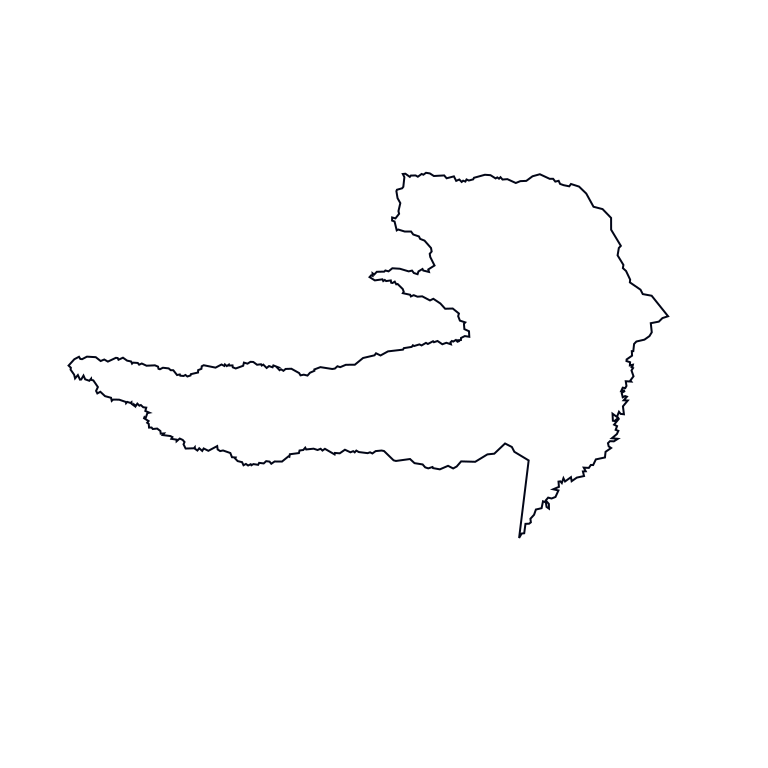 Paranatinga, Mato Grosso, Brazil, rotated 250°
{"feature_id": "56859067B44525385628721", "entity_name": "Paranatinga", "entity_type": "district", "adm_level": 2, "iso_a3": "BRA", "parent_name": "Brazil", "parent_adm1": "Mato Grosso", "projection": "mercator", "projection_center": [-54.063, -13.341], "detail": "fine", "context": "isolated", "style": "outline", "palette": "ink", "viewbox_px": 768, "rotation_deg": 250, "n_neighbors": 0, "source": "geoboundaries", "source_scale": "gbopen_adm2", "svg_char_len": 6159}
<svg xmlns="http://www.w3.org/2000/svg" viewBox="0 0 768 768"><g transform="rotate(250 384 384)"><path d="M574.9,473.5L571.4,473.9L562.7,469.6L561.7,468.0L562.1,462.6L561.0,461.6L554.0,460.3L548.4,461.2L541.5,456.7L538.8,456.4L535.7,451.4L537.7,448.6L534.8,447.5L533.1,449.5L524.0,448.5L524.3,450.2L520.2,455.6L518.0,461.6L514.5,462.6L510.7,467.3L508.0,467.6L504.9,471.1L495.7,474.7L492.2,474.1L490.7,471.5L487.5,470.9L478.1,472.0L476.5,464.8L473.9,464.6L477.2,459.7L478.9,459.5L478.0,454.9L475.7,453.1L478.1,450.0L481.0,449.1L481.4,445.7L486.9,438.3L489.9,431.4L488.3,426.8L490.2,424.1L489.5,422.7L491.9,415.6L490.2,412.2L492.0,411.1L489.5,410.3L490.5,409.1L489.4,407.0L484.5,410.8L482.9,418.3L481.0,418.5L481.5,420.3L480.0,421.2L479.0,425.8L476.7,425.4L476.0,426.5L476.5,429.1L473.5,429.6L473.3,431.0L466.8,434.1L464.0,434.1L462.9,432.8L458.9,439.1L457.1,439.2L457.3,442.3L454.6,445.3L453.3,449.9L446.8,455.8L447.2,459.5L440.4,464.5L433.8,467.2L431.4,474.4L424.6,478.5L422.4,476.9L417.6,477.0L414.1,481.4L413.2,479.7L408.1,478.3L404.5,481.9L399.2,480.3L401.4,476.3L400.9,472.1L399.0,471.3L399.9,468.1L398.6,468.6L398.6,467.5L400.8,466.6L400.2,463.5L401.2,462.5L400.4,460.7L398.4,460.5L401.4,456.7L401.4,452.4L406.1,449.0L406.2,445.2L407.4,444.7L406.6,438.9L408.3,437.5L407.4,432.5L409.1,430.8L409.4,425.2L410.5,424.4L409.4,422.7L410.9,414.9L409.8,413.6L413.3,398.9L412.0,390.5L415.6,387.0L414.2,384.9L415.6,373.2L412.1,363.2L415.1,354.7L414.8,348.6L416.6,346.3L415.3,343.1L415.8,340.5L421.6,330.0L421.5,323.5L420.2,323.1L419.9,318.3L418.1,315.0L420.2,311.8L420.7,308.5L423.3,308.0L430.0,302.2L431.8,296.7L430.8,294.0L433.1,292.2L432.7,290.6L435.7,289.3L435.7,290.5L439.3,286.4L437.8,285.0L440.2,282.1L439.2,279.2L443.5,277.2L443.2,275.4L444.6,275.2L445.5,271.3L449.4,268.7L450.5,266.1L449.8,262.7L452.0,259.7L449.3,257.9L449.3,250.0L451.4,247.6L453.3,248.0L454.3,244.8L455.3,244.9L454.6,242.4L456.8,241.2L455.6,240.1L457.9,238.0L457.0,231.3L463.3,221.0L463.0,218.8L460.7,217.6L460.6,214.1L458.4,213.2L459.3,205.9L458.2,205.1L458.3,201.8L460.4,200.5L460.1,198.4L461.5,195.4L462.8,195.4L463.2,192.6L469.0,190.7L469.9,188.3L472.3,187.0L474.9,181.8L474.5,178.5L475.4,177.3L477.6,177.6L479.9,175.1L482.4,167.1L486.1,163.4L485.9,160.5L488.0,159.8L489.9,155.5L489.3,154.2L491.7,154.0L493.8,150.6L498.0,147.7L497.6,142.8L499.5,142.6L500.3,141.0L499.5,132.2L502.7,129.5L502.5,125.6L507.8,122.3L511.3,114.2L510.6,108.8L511.4,107.2L513.9,106.7L513.2,101.5L509.2,93.9L506.4,95.3L504.7,94.4L498.8,96.0L494.9,95.6L497.1,99.4L492.1,99.8L491.8,101.0L494.7,104.5L490.6,104.8L487.8,108.2L489.2,110.6L488.0,110.3L486.8,112.1L479.0,114.1L476.0,111.1L473.2,111.4L473.7,114.8L468.0,117.7L464.4,122.8L461.3,122.4L462.0,124.1L459.9,129.7L455.4,135.3L454.2,135.1L455.0,136.6L452.9,139.3L453.3,140.5L451.6,140.1L448.5,142.2L449.9,142.4L448.4,143.5L449.9,145.5L447.3,146.7L447.4,148.3L444.5,149.8L443.1,152.5L440.3,150.5L437.3,153.7L437.6,151.7L433.2,148.1L434.7,147.5L433.9,146.8L429.7,150.1L428.6,148.2L427.0,149.3L423.4,148.3L422.6,150.7L420.8,151.3L419.7,155.6L416.3,157.8L413.7,157.2L412.8,160.4L411.7,158.6L408.2,165.4L406.5,167.0L405.2,165.4L402.7,170.0L401.1,169.5L402.6,173.4L400.3,175.7L397.7,176.7L395.9,175.0L391.2,175.5L388.6,183.4L389.3,184.6L387.8,184.2L385.3,185.9L386.8,188.4L383.3,190.3L385.1,192.5L381.3,196.1L382.7,206.0L379.4,205.3L377.0,207.1L376.6,210.0L371.7,216.0L367.2,216.1L365.7,219.4L365.0,218.6L361.6,220.1L359.1,223.9L355.7,224.2L356.1,226.9L353.9,228.4L354.2,231.3L353.0,231.6L353.4,233.9L351.1,238.1L352.6,239.7L350.5,243.8L351.8,246.9L350.2,249.9L347.6,250.8L348.6,254.7L346.0,261.6L348.7,269.5L348.0,270.2L350.2,271.5L348.2,280.4L350.4,281.9L349.6,285.6L351.1,288.2L349.1,288.5L347.3,295.7L344.7,299.0L344.8,302.3L342.5,303.4L343.3,306.3L334.7,313.5L336.0,314.3L334.0,318.7L335.6,324.8L331.3,329.1L331.4,332.1L329.8,333.1L330.9,335.2L328.7,337.0L324.6,345.0L324.6,347.5L322.7,349.3L323.8,353.2L322.3,359.0L321.0,361.1L309.0,366.9L307.6,368.9L304.6,382.8L299.2,385.6L295.2,392.8L291.6,394.2L289.6,396.7L289.4,401.2L288.2,401.3L284.7,407.3L285.2,416.2L281.0,420.1L281.6,424.1L284.9,430.0L279.7,443.1L282.5,457.1L280.8,463.8L286.7,477.4L281.1,482.6L275.7,483.3L262.7,493.8L193.1,458.3L196.4,462.2L195.8,464.7L204.2,469.1L203.1,472.6L203.8,474.7L207.3,475.5L209.8,480.3L214.1,483.8L213.4,489.6L219.4,493.3L217.3,495.6L212.9,494.7L210.5,496.4L214.9,497.9L219.3,496.2L221.1,499.4L219.1,502.3L219.2,506.5L224.3,511.5L227.2,507.0L227.5,513.2L232.6,514.6L232.2,516.4L230.1,517.2L234.1,520.4L230.5,520.8L232.5,527.8L228.5,527.1L230.1,533.2L229.1,540.5L233.8,541.0L233.0,543.7L237.1,543.1L235.1,547.8L237.2,550.7L236.3,552.8L240.7,557.3L239.4,566.5L244.5,569.0L246.2,575.5L248.5,573.8L251.8,574.2L253.0,576.8L251.5,580.4L252.5,585.0L255.1,579.6L257.3,585.7L259.8,588.2L261.7,586.0L264.7,588.6L267.1,586.3L270.9,592.7L272.0,592.5L270.4,587.9L271.2,586.5L277.9,588.6L273.4,591.6L277.5,595.3L275.0,596.1L273.5,599.1L281.3,600.9L285.1,607.4L286.7,603.7L289.0,607.9L290.2,606.4L289.9,603.8L294.4,604.3L294.9,607.3L295.9,607.3L296.4,604.6L298.9,607.1L297.6,609.3L299.3,611.2L303.9,612.1L301.7,617.2L303.1,616.8L305.9,621.1L312.1,621.2L313.8,623.5L315.8,621.8L315.2,623.3L317.0,624.5L317.4,621.4L320.3,622.7L322.6,619.7L324.1,620.4L325.8,626.8L330.1,628.1L329.6,629.5L336.1,632.7L337.6,635.7L336.6,643.9L338.2,649.8L341.0,653.3L349.9,655.5L348.6,663.6L350.7,668.2L350.5,674.1L375.4,665.7L380.0,657.9L384.9,657.3L395.4,649.8L397.9,651.0L407.4,650.1L411.2,648.1L414.0,649.7L425.0,647.5L431.5,651.2L432.8,653.8L451.3,650.2L462.4,654.2L473.6,649.2L478.9,641.5L493.8,639.2L502.8,634.8L508.0,628.1L506.4,625.7L509.4,620.8L511.8,617.9L515.2,617.6L515.6,614.2L519.0,613.1L520.1,609.9L527.8,602.2L528.4,594.6L526.2,587.2L528.0,581.5L527.8,576.6L534.3,570.0L535.6,565.3L538.5,564.2L537.6,562.3L539.4,561.1L539.0,559.2L543.8,555.5L546.1,550.4L547.0,539.1L545.8,537.8L546.2,533.3L548.0,531.5L546.4,529.7L548.0,527.9L547.3,526.1L550.4,524.7L550.2,521.3L555.2,520.7L555.9,513.2L559.4,511.9L562.4,502.0L566.2,499.1L568.1,495.7L567.2,492.6L568.5,491.2L567.2,486.7L569.1,485.1L570.7,480.6L569.8,479.1L574.3,476.0L574.9,473.5Z" fill="none" stroke="#020617" stroke-width="2"/></g></svg>